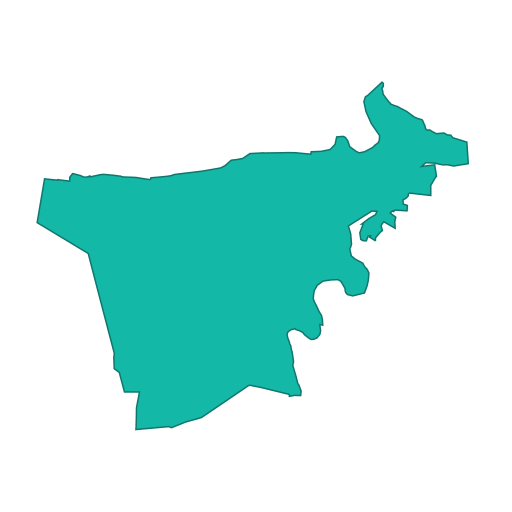 the district of San Juan Bautista Lo de Soto, Guerrero, Mexico, rotated 267°
{"feature_id": "50627088B39502815405022", "entity_name": "San Juan Bautista Lo de Soto", "entity_type": "district", "adm_level": 2, "iso_a3": "MEX", "parent_name": "Mexico", "parent_adm1": "Guerrero", "projection": "orthographic", "projection_center": [-98.336, 16.509], "detail": "fine", "context": "isolated", "style": "filled", "palette": "teal", "viewbox_px": 512, "rotation_deg": 267, "n_neighbors": 0, "source": "geoboundaries", "source_scale": "gbopen_adm2", "svg_char_len": 3639}
<svg xmlns="http://www.w3.org/2000/svg" viewBox="0 0 512 512"><g transform="rotate(267 256 256)"><path d="M89.0,127.0L90.2,160.0L89.7,161.0L89.0,162.7L93.9,177.0L97.5,193.0L108.0,210.4L126.8,241.4L127.3,242.9L124.4,254.3L124.2,254.9L116.8,279.5L116.1,282.0L114.1,282.0L114.2,283.0L114.8,287.0L114.3,293.3L117.5,293.8L118.8,294.0L125.1,292.0L126.3,291.1L132.3,289.9L132.6,289.9L138.1,288.6L144.9,287.0L148.4,288.0L155.9,287.3L158.5,287.0L160.7,286.4L164.7,286.0L166.2,285.2L169.0,284.6L172.0,283.6L172.7,283.4L176.1,282.9L178.3,283.8L180.4,286.7L180.8,288.5L181.2,290.6L181.5,291.2L180.5,291.9L178.9,296.0L177.1,298.7L174.9,300.3L171.5,304.1L169.8,306.7L169.8,309.2L170.9,312.5L174.4,315.7L178.1,316.6L183.9,316.1L184.3,316.2L183.4,319.0L188.9,319.0L193.1,318.3L197.7,315.9L203.0,313.8L207.5,311.8L210.5,310.9L215.4,311.7L216.9,312.1L218.3,312.3L222.8,315.2L223.3,315.3L227.4,321.6L227.8,325.3L228.2,329.9L228.1,336.6L226.2,339.5L219.0,343.2L216.2,343.3L214.3,344.0L212.7,345.4L211.1,350.5L213.4,362.4L220.2,365.3L225.9,366.9L233.0,367.9L236.9,366.3L239.8,363.8L243.2,362.3L247.7,354.9L251.1,351.2L258.3,350.0L259.5,350.8L262.8,352.0L273.3,351.7L281.2,349.8L294.8,374.1L294.3,379.2L291.0,377.5L287.5,370.7L282.4,363.3L282.4,364.7L273.7,360.9L267.1,361.5L265.8,363.4L265.5,365.2L265.4,367.0L270.3,369.1L270.1,371.6L268.8,370.5L268.6,370.9L265.2,375.7L265.3,376.1L266.0,376.1L268.0,376.4L273.5,381.6L273.7,382.1L274.8,383.6L278.6,382.7L279.5,382.6L281.2,383.4L283.5,385.4L276.4,396.4L283.1,396.4L287.5,397.6L291.7,392.4L291.9,392.6L292.2,392.6L293.0,393.5L293.2,393.8L293.9,394.7L293.2,395.5L293.2,395.8L294.6,397.2L293.2,409.2L296.5,409.6L298.6,409.8L300.2,405.7L304.4,405.8L304.5,406.0L305.1,407.3L306.1,409.2L308.1,411.2L310.0,411.4L310.8,412.6L307.3,433.7L317.3,434.2L325.4,439.5L325.8,440.3L326.1,440.4L326.3,440.4L337.7,439.2L336.7,426.0L340.3,430.5L339.4,439.1L337.2,447.4L337.1,451.9L335.5,458.1L337.1,472.8L358.7,472.5L363.8,458.7L366.5,456.8L366.9,453.4L369.0,450.1L368.7,442.6L368.8,442.5L368.9,442.2L371.2,438.3L372.4,436.8L372.8,435.7L372.9,435.4L372.6,434.0L372.6,433.6L374.2,432.0L376.8,431.6L382.8,429.4L383.5,428.7L384.7,425.0L386.2,421.9L386.8,420.9L390.4,416.6L392.6,413.9L392.8,413.6L395.7,408.6L395.9,408.2L397.1,406.3L397.8,405.3L398.7,402.8L400.7,398.3L401.4,398.3L402.7,396.9L406.3,394.4L410.5,391.7L411.7,391.3L412.6,391.3L413.8,391.2L414.6,391.0L417.0,390.5L417.9,391.4L418.7,392.0L421.8,392.2L422.5,391.4L423.0,390.9L410.7,376.2L409.2,373.6L404.5,371.8L394.5,373.4L382.2,378.1L369.8,385.7L365.1,385.2L362.6,383.9L360.5,380.6L358.3,378.2L354.5,370.1L353.6,364.7L355.0,361.8L360.3,355.3L366.2,353.7L369.9,351.3L370.8,349.3L370.9,349.2L370.7,342.8L363.3,340.8L358.5,335.6L358.3,334.5L357.1,326.8L357.2,316.5L354.8,316.1L357.1,300.6L357.6,293.3L357.8,285.8L358.4,269.9L358.6,269.3L358.6,255.3L354.1,247.8L353.4,242.3L353.1,239.9L353.2,239.2L352.9,236.2L347.9,229.9L347.2,228.4L345.9,225.6L345.4,222.3L343.6,207.1L342.8,195.9L342.8,195.6L342.2,186.5L341.8,180.7L341.6,178.7L341.3,177.5L340.6,175.2L340.2,170.7L339.9,164.1L339.6,155.1L338.2,154.7L337.9,153.6L340.1,143.0L340.7,140.3L341.1,136.3L341.4,132.8L341.8,128.6L341.9,127.1L342.8,125.0L343.1,123.1L343.6,120.6L344.4,115.8L344.8,112.6L345.3,109.9L345.5,107.1L345.4,105.2L343.7,94.7L343.7,94.2L344.6,94.2L343.7,91.4L343.8,88.2L345.5,84.9L347.6,78.4L347.9,77.2L344.3,74.1L340.5,73.9L342.6,62.0L342.1,61.8L344.1,48.9L300.8,39.2L267.3,88.6L242.7,93.6L189.4,104.6L166.2,109.4L162.0,108.7L154.9,108.6L150.9,108.5L146.8,113.4L127.1,117.5L126.3,132.4L126.3,132.5L110.6,128.7L102.7,128.2L91.3,127.3L89.0,127.0Z" fill="#14b8a6" stroke="#0f766e" stroke-width="1.5"/></g></svg>